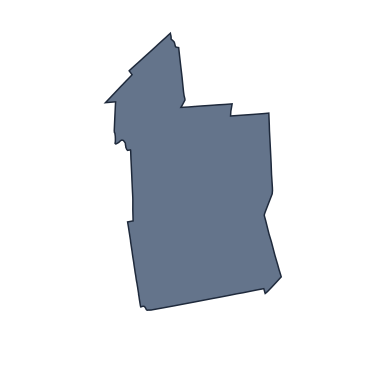 Petresti, Satu Mare, Romania, rotated 121°
{"feature_id": "2599482B2031241527565", "entity_name": "Petresti", "entity_type": "district", "adm_level": 2, "iso_a3": "ROU", "parent_name": "Romania", "parent_adm1": "Satu Mare", "projection": "equal_earth", "projection_center": [22.375, 47.595], "detail": "fine", "context": "isolated", "style": "filled", "palette": "slate", "viewbox_px": 384, "rotation_deg": 121, "n_neighbors": 0, "source": "geoboundaries", "source_scale": "gbopen_adm2", "svg_char_len": 3018}
<svg xmlns="http://www.w3.org/2000/svg" viewBox="0 0 384 384"><g transform="rotate(121 192 192)"><path d="M196.8,260.2L205.5,254.4L209.4,251.8L213.2,249.3L216.5,247.1L221.6,243.7L227.1,240.0L228.8,238.9L238.0,233.4L247.1,227.6L249.4,230.2L250.8,231.8L254.7,228.5L264.9,220.0L266.4,218.9L274.0,212.6L276.4,210.7L279.2,208.4L280.7,207.1L282.6,205.5L284.4,204.1L285.7,203.0L286.7,202.2L287.5,201.5L288.5,200.7L290.0,199.5L291.5,198.2L293.0,196.9L295.0,195.3L296.8,193.8L298.3,192.4L299.5,191.4L300.8,190.3L302.2,189.1L302.7,188.7L303.8,187.8L305.7,186.2L306.8,185.3L307.2,185.1L307.8,184.6L308.2,184.2L309.9,182.8L311.4,181.6L312.3,180.8L313.5,179.8L314.7,178.8L315.5,178.1L316.1,177.6L316.6,177.1L316.9,176.7L316.7,176.5L315.9,175.9L315.3,175.3L315.1,174.9L314.8,174.5L314.7,174.0L314.7,173.6L314.9,173.2L315.2,172.4L315.6,171.7L316.1,171.0L316.4,170.3L316.4,170.0L316.4,169.6L316.1,169.1L315.6,168.5L315.3,167.9L314.9,167.3L314.6,166.9L314.4,166.4L313.9,165.9L305.9,156.8L299.4,149.4L291.8,140.9L285.4,133.7L278.4,125.9L272.4,119.2L268.8,115.1L264.5,110.3L260.8,106.2L256.2,101.2L252.1,96.4L248.7,92.7L245.4,89.1L241.6,84.9L237.9,80.7L238.7,79.8L239.5,78.9L240.6,77.8L241.3,77.0L240.3,76.6L238.4,76.0L232.8,74.7L226.2,73.3L220.7,72.2L218.8,71.8L217.2,73.5L213.9,77.2L210.1,81.2L203.4,88.5L193.8,98.3L188.4,104.3L181.6,111.1L178.4,114.3L175.0,117.9L173.7,118.5L171.2,119.0L152.3,122.3L149.4,123.7L146.9,125.3L136.1,132.8L127.2,138.6L111.4,149.2L99.4,157.3L95.0,160.1L86.0,166.0L84.8,166.8L85.5,167.7L88.0,171.1L93.9,179.4L99.7,187.7L105.1,195.4L105.8,196.4L107.0,198.1L104.5,199.4L102.8,200.3L99.1,201.7L95.8,203.0L99.8,208.6L102.6,212.7L102.9,213.2L105.5,216.9L106.3,218.0L109.1,222.0L113.4,228.2L116.5,232.6L116.9,233.1L117.4,233.9L118.3,235.1L121.1,239.0L125.2,245.1L122.4,245.1L116.8,245.4L115.8,246.1L113.4,248.5L110.3,251.0L103.5,256.1L98.8,259.6L89.5,266.8L82.6,272.1L75.1,277.8L75.6,279.0L75.8,279.8L76.0,280.3L76.0,280.7L75.9,281.0L75.6,281.4L74.6,282.4L73.2,283.8L72.5,284.8L72.0,286.9L71.8,288.5L71.7,288.7L70.9,289.1L69.6,290.0L69.1,290.4L67.7,291.8L67.1,292.3L70.3,293.3L73.2,294.1L76.0,295.0L83.4,297.2L85.6,297.8L110.4,305.3L120.2,308.3L120.5,308.3L121.6,305.5L122.3,303.8L122.5,303.8L123.1,303.9L125.4,304.4L130.9,305.7L131.2,305.8L132.9,306.1L133.0,306.2L134.5,306.5L135.9,306.8L136.4,306.9L136.5,307.0L138.3,307.4L160.0,312.2L157.4,308.6L154.5,304.6L154.1,303.9L157.9,301.9L170.9,294.9L179.7,290.1L180.7,289.3L180.9,289.2L181.0,289.0L181.1,288.7L181.4,288.3L183.8,286.4L184.6,285.9L185.8,285.1L186.5,284.7L188.0,283.8L188.5,283.6L189.7,283.1L190.0,282.9L190.0,282.6L190.1,282.3L190.1,282.1L189.9,281.9L189.6,281.7L188.9,281.3L188.1,280.8L187.2,280.3L186.4,280.1L185.2,279.8L184.9,279.6L184.2,279.4L183.9,279.2L183.7,278.7L183.3,278.2L183.2,277.4L183.4,276.7L183.8,275.7L184.4,274.4L184.5,274.3L186.0,273.2L186.8,272.4L187.6,271.9L188.3,271.0L189.1,269.9L189.5,268.7L189.3,268.5L187.6,266.4L188.1,265.9L191.8,263.5L195.5,261.1L196.8,260.2Z" fill="#64748b" stroke="#1e293b" stroke-width="1.5"/></g></svg>